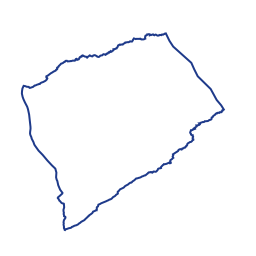 outline of Maravia, Tete, Mozambique, rotated 79°
{"feature_id": "85939544B82621359487865", "entity_name": "Maravia", "entity_type": "district", "adm_level": 2, "iso_a3": "MOZ", "parent_name": "Mozambique", "parent_adm1": "Tete", "projection": "equal_earth", "projection_center": [32.061, -15.024], "detail": "fine", "context": "isolated", "style": "outline", "palette": "blue", "viewbox_px": 256, "rotation_deg": 79, "n_neighbors": 0, "source": "geoboundaries", "source_scale": "gbopen_adm2", "svg_char_len": 5754}
<svg xmlns="http://www.w3.org/2000/svg" viewBox="0 0 256 256"><g transform="rotate(79 128 128)"><path d="M216.2,209.3L215.5,208.4L215.4,208.0L215.5,207.6L215.1,205.3L215.1,203.2L214.7,202.3L214.4,202.0L214.1,200.2L213.9,199.9L213.7,199.0L213.6,197.2L213.0,195.2L212.3,194.2L211.9,192.9L211.3,192.1L211.0,191.3L210.1,188.4L209.2,187.2L208.0,185.2L207.7,184.9L207.6,184.5L206.8,183.6L206.7,183.0L206.1,182.5L205.8,181.5L204.7,179.3L204.1,178.7L203.7,178.5L203.4,178.2L203.1,176.3L202.7,175.5L202.8,174.5L202.1,174.4L201.7,174.0L200.8,174.0L200.3,173.9L199.7,173.5L199.4,172.7L199.2,172.4L197.6,171.7L197.2,169.7L196.8,168.8L195.8,163.7L195.3,161.8L195.2,161.0L194.7,159.9L194.7,158.9L194.4,157.9L194.1,157.3L193.1,156.0L192.8,155.4L192.6,154.5L192.1,153.4L191.2,152.3L190.7,150.8L190.3,150.4L188.9,150.4L188.5,150.1L188.2,149.3L186.7,147.5L185.8,144.0L185.5,143.3L184.7,142.3L184.3,141.5L183.4,138.6L182.8,137.7L182.1,136.1L182.3,135.5L182.0,134.6L181.3,133.8L180.5,131.8L179.1,129.6L179.2,128.2L179.0,127.2L179.0,126.2L178.8,124.9L178.2,123.4L178.2,122.6L177.7,120.7L177.8,119.9L176.8,118.2L176.4,117.3L175.8,116.7L175.5,115.9L175.8,115.0L175.5,114.5L175.7,114.1L175.7,113.5L176.5,112.8L176.2,112.0L175.8,111.8L175.6,111.3L175.7,110.7L176.2,109.5L176.2,108.8L175.8,108.0L175.4,107.7L174.9,106.9L173.8,106.2L173.6,105.1L173.7,103.8L173.6,103.2L172.8,103.2L172.5,102.9L170.9,100.6L170.8,100.2L170.3,99.6L170.6,99.0L170.5,97.0L169.9,94.5L170.1,94.0L170.6,93.7L170.6,92.8L170.4,92.6L169.4,92.7L168.7,93.0L167.7,92.5L166.7,90.4L166.2,90.0L165.9,89.2L164.4,89.6L163.2,88.7L162.4,88.9L160.1,83.2L159.3,82.7L158.9,81.9L158.7,80.7L159.4,79.5L159.3,79.2L158.6,78.8L158.4,78.5L158.6,77.5L157.9,76.4L158.1,75.8L158.1,75.6L157.1,74.7L157.1,74.2L156.5,74.0L156.1,73.2L155.0,72.8L154.2,71.6L154.0,70.6L153.6,69.8L153.7,69.2L153.6,68.6L153.0,67.6L152.5,67.2L152.1,66.1L151.5,66.0L151.0,66.6L150.2,66.5L149.9,66.4L149.3,65.8L148.6,65.7L147.8,66.3L147.4,66.0L147.0,66.9L146.5,67.4L145.7,67.3L145.2,67.7L144.0,67.8L143.4,67.2L142.2,66.7L142.3,65.7L142.2,64.9L141.9,64.4L141.6,62.2L141.3,62.2L140.8,63.0L139.6,60.4L138.6,60.4L138.7,60.1L138.6,59.9L138.8,59.1L138.5,58.6L138.5,57.4L138.1,56.8L137.1,57.2L137.3,56.3L136.7,55.9L136.7,55.1L136.4,53.6L136.6,52.5L136.5,52.0L136.0,51.4L136.2,50.7L136.2,50.1L136.4,48.4L136.2,47.5L135.8,47.0L135.6,46.3L135.7,45.6L135.6,45.0L135.0,44.2L133.7,43.9L133.2,42.5L132.4,42.0L131.9,40.8L131.6,40.0L130.8,39.3L130.6,38.7L130.8,38.1L130.6,37.7L130.3,37.7L130.2,37.2L130.2,36.3L130.6,35.7L130.4,35.1L130.0,34.8L130.3,33.2L130.0,32.9L129.4,32.8L129.2,32.0L128.6,31.9L128.5,31.0L128.2,30.4L123.5,32.2L117.4,35.6L105.5,39.4L90.5,49.7L83.0,51.8L76.1,53.4L56.7,68.1L50.3,70.7L41.6,73.0L42.1,73.1L42.4,73.8L42.7,74.2L42.8,75.2L43.1,75.7L43.0,76.1L42.8,76.3L42.7,76.8L43.2,77.5L42.9,78.0L42.9,79.2L42.7,79.5L43.0,79.8L43.1,80.6L42.9,81.5L41.6,82.9L41.6,83.5L42.0,84.4L41.5,85.2L41.0,85.4L40.9,86.1L41.2,87.8L40.9,88.5L41.0,88.8L40.5,88.7L40.4,89.0L40.1,89.0L39.9,89.5L39.8,90.4L40.0,90.7L39.9,91.1L40.1,91.1L40.3,91.5L40.7,93.2L41.2,93.5L41.7,93.5L42.0,93.9L43.2,94.1L43.6,94.0L44.0,95.6L43.7,97.7L43.3,98.1L43.2,98.6L42.8,98.7L42.6,99.0L42.7,99.9L42.1,102.6L42.2,103.4L41.2,105.1L42.5,106.4L42.9,106.5L43.9,107.6L43.7,108.4L43.3,109.4L43.6,109.8L43.9,111.2L43.6,112.4L43.7,113.8L43.5,114.3L43.6,114.6L44.0,114.8L44.4,116.2L44.6,116.7L45.0,117.0L45.1,117.3L44.8,118.1L44.9,119.5L44.6,119.7L44.5,120.4L45.1,121.3L45.2,121.6L45.0,121.8L45.1,122.0L46.8,123.0L47.0,123.3L47.1,123.8L47.7,124.0L47.8,125.0L48.0,125.6L47.9,126.3L48.3,126.8L48.0,127.3L48.9,127.6L49.2,128.0L49.4,128.9L50.0,129.6L50.0,130.0L49.8,130.0L49.6,130.5L49.4,130.6L50.0,131.2L49.9,131.7L50.2,132.0L49.9,132.2L50.2,132.7L50.3,133.1L50.5,133.2L51.1,133.8L51.1,134.2L50.9,134.8L51.2,135.3L51.5,135.3L51.9,136.1L51.4,136.7L50.9,137.9L51.1,138.6L51.7,139.3L51.7,141.3L52.6,142.7L52.6,143.6L52.2,144.3L52.0,144.7L51.5,144.9L50.2,146.6L50.1,147.3L50.2,148.3L50.9,149.2L50.5,150.4L49.6,151.4L49.4,151.8L49.9,152.5L50.4,153.8L50.8,154.2L51.1,154.7L50.2,155.2L49.6,156.8L49.3,157.0L48.8,158.0L48.1,158.5L48.3,159.7L48.5,160.0L49.0,159.8L49.2,160.0L49.1,160.6L49.3,161.8L50.1,162.2L50.2,162.6L51.0,163.0L51.2,163.3L51.2,163.8L51.4,164.4L51.4,164.8L51.0,164.9L50.8,165.2L50.3,165.2L50.2,165.4L50.4,166.1L50.8,166.3L51.0,166.7L51.6,166.9L51.7,167.3L51.7,168.0L51.3,169.1L51.4,170.2L51.5,170.9L51.3,171.4L51.4,172.2L51.2,173.3L51.2,174.2L51.1,174.6L50.4,175.1L50.2,176.2L50.7,177.3L51.0,177.4L51.2,178.6L51.5,178.9L51.9,179.8L52.1,181.5L52.8,182.3L54.0,184.2L54.6,184.5L55.2,186.0L55.6,186.3L56.3,186.0L56.5,186.1L57.0,186.7L57.3,187.7L57.8,188.0L58.3,189.6L58.3,190.1L58.7,191.0L58.9,191.3L59.5,193.2L61.2,196.6L61.7,198.3L62.8,198.5L63.1,198.4L63.5,197.8L63.9,197.7L65.0,198.6L65.9,200.0L66.7,202.6L66.9,204.2L67.3,205.5L68.0,206.2L67.8,207.0L68.0,207.5L68.1,208.9L68.6,210.8L68.5,211.6L69.5,213.3L69.9,216.2L69.8,217.0L68.7,217.6L68.2,219.5L67.3,220.9L66.7,222.4L69.1,224.1L71.6,225.0L74.0,225.6L77.4,225.5L79.9,225.1L83.2,224.3L87.9,222.9L90.5,222.6L96.0,222.5L108.2,223.5L110.1,223.8L113.1,224.8L114.7,225.2L116.1,225.2L118.7,224.6L120.0,224.6L123.8,223.5L126.0,223.2L127.1,222.9L133.2,220.1L138.1,216.9L144.6,213.3L150.2,209.8L154.0,207.1L158.1,206.8L162.7,208.0L165.1,207.9L166.4,207.5L170.9,207.4L175.6,206.4L179.2,204.7L179.8,205.0L181.9,208.4L182.6,209.8L183.2,210.3L183.5,210.3L184.4,209.7L186.3,209.2L186.6,208.8L188.8,207.6L189.5,206.7L189.9,205.6L190.2,205.4L193.7,205.8L196.1,207.0L197.9,207.2L199.1,207.1L200.1,207.6L201.6,207.4L202.4,207.6L202.8,207.2L203.2,206.5L204.1,206.5L204.6,206.8L205.5,207.8L206.3,208.5L208.3,209.3L209.2,209.2L210.5,209.7L213.2,209.7L213.8,210.0L214.4,209.9L214.8,209.7L216.0,209.6L216.2,209.3Z" fill="none" stroke="#1e3a8a" stroke-width="2"/></g></svg>